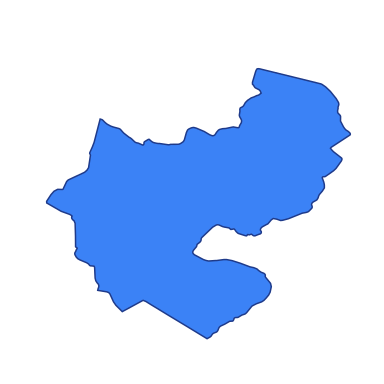 an SVG outline of Jujuy, rotated 285°
{"feature_id": "ARG-1301", "entity_name": "Jujuy", "entity_type": "Province", "adm_level": 1, "iso_a3": "ARG", "parent_name": "Argentina", "parent_adm1": "", "projection": "albers", "projection_center": [-65.702, -23.2], "detail": "fine", "context": "isolated", "style": "filled", "palette": "blue", "viewbox_px": 384, "rotation_deg": 285, "n_neighbors": 0, "source": "natural_earth", "source_scale": "10m", "svg_char_len": 5161}
<svg xmlns="http://www.w3.org/2000/svg" viewBox="0 0 384 384"><g transform="rotate(285 192 192)"><path d="M54.2,244.5L54.5,243.5L60.6,222.7L66.6,201.9L72.7,181.1L74.3,175.9L74.7,172.8L58.4,155.6L62.9,147.8L65.6,144.6L72.3,139.1L73.3,137.6L73.5,135.5L72.6,126.4L74.2,126.3L76.2,126.5L77.5,126.2L78.7,125.4L79.6,124.0L81.4,122.0L83.8,120.7L93.8,117.5L94.9,116.8L94.9,115.8L94.4,112.9L94.6,112.1L95.7,110.7L96.4,108.5L97.4,101.2L98.0,98.9L99.2,97.0L101.2,95.1L102.5,94.6L103.4,94.7L104.4,95.0L106.2,95.2L107.7,95.7L108.1,95.6L108.4,94.9L108.7,94.2L109.0,93.7L119.5,90.8L131.5,87.2L133.7,85.5L134.0,84.6L134.6,83.6L135.3,82.8L136.0,82.4L137.2,82.2L137.6,82.4L137.8,82.3L138.3,81.1L138.7,79.7L139.5,70.6L143.8,54.5L145.4,54.0L153.0,56.5L157.0,58.5L159.8,61.5L160.9,66.2L161.3,66.7L169.7,68.2L171.6,69.3L183.2,83.1L185.9,84.9L188.7,85.8L201.2,84.4L201.9,84.0L202.3,83.6L202.8,83.2L203.5,83.1L209.8,84.1L214.6,84.6L238.7,84.4L238.6,86.5L238.1,87.6L237.0,89.4L236.1,91.2L235.5,92.7L234.6,96.5L234.4,99.5L234.4,105.1L234.2,105.9L234.0,106.6L232.4,109.0L232.1,109.4L231.2,110.9L228.6,117.0L228.3,118.4L227.7,119.9L225.6,123.7L225.3,124.7L225.2,125.5L225.3,127.7L224.6,132.1L225.0,132.9L225.3,133.0L226.2,133.1L227.6,132.8L228.4,133.2L231.5,136.2L231.8,137.0L230.4,139.8L229.9,141.3L229.8,142.8L229.9,145.2L230.0,146.1L230.2,147.3L230.4,147.8L231.5,157.0L231.6,157.5L232.4,158.8L232.7,159.7L234.5,166.2L234.8,166.9L235.1,167.5L236.4,168.9L238.2,170.4L239.2,170.8L240.3,171.1L247.9,171.2L250.4,171.6L251.1,171.9L252.0,172.6L253.3,174.1L253.9,175.0L254.3,175.7L254.7,176.7L254.8,177.2L254.8,179.7L253.6,188.2L251.9,194.2L251.7,195.8L251.6,196.9L251.7,197.4L251.9,197.9L252.1,198.3L252.4,198.7L252.7,199.0L253.1,199.3L255.0,200.0L255.7,200.1L258.6,201.5L259.6,202.5L261.1,205.2L262.1,208.2L265.2,214.3L265.6,215.3L265.6,215.9L265.9,219.2L266.1,220.1L266.5,220.6L267.0,220.8L268.1,220.8L269.2,221.0L271.7,221.7L273.6,221.5L273.9,221.3L274.6,220.9L274.9,220.6L275.3,220.3L276.9,218.7L277.8,218.1L278.5,217.8L282.4,217.4L284.2,216.8L285.1,216.8L285.7,216.9L286.4,217.6L287.3,218.6L287.7,218.9L288.1,219.2L288.7,219.5L292.2,220.4L295.0,222.0L296.3,223.2L298.1,224.7L298.4,225.1L300.0,227.4L301.9,229.6L302.1,230.0L302.4,230.6L303.1,231.5L305.4,233.2L307.4,231.6L308.1,230.4L309.0,226.2L309.4,225.5L311.2,223.5L311.8,222.5L312.9,222.2L313.7,222.0L324.9,222.3L326.5,222.5L327.8,223.0L328.3,224.2L328.5,225.8L329.8,288.4L329.6,289.7L328.1,293.9L325.0,299.6L319.6,307.0L317.2,309.5L316.1,310.5L315.7,310.7L314.8,311.1L314.3,311.2L313.8,311.2L311.9,311.1L310.9,311.3L310.5,311.5L309.9,311.5L308.2,311.6L307.5,311.8L306.6,312.1L306.1,312.5L305.8,313.0L304.4,315.2L303.9,315.7L303.3,316.0L298.9,317.1L294.2,321.4L292.8,323.0L291.7,324.8L291.0,327.1L290.3,328.5L289.9,329.2L289.4,329.7L289.0,329.9L288.6,330.0L288.0,329.9L271.1,314.8L270.1,314.4L268.9,316.0L267.6,318.1L263.5,327.7L263.1,328.1L262.7,328.3L262.2,328.4L261.7,328.4L260.5,328.2L252.0,325.0L249.1,323.2L241.6,316.9L241.3,316.5L241.1,316.1L240.8,315.1L240.6,314.6L240.2,314.2L239.8,314.1L239.3,314.2L235.7,316.7L233.6,317.8L232.5,318.2L230.2,318.8L226.7,317.7L222.7,315.8L221.7,315.5L221.1,315.4L218.9,315.3L216.8,314.7L215.8,313.8L213.9,311.8L213.1,311.2L212.3,310.8L211.7,310.7L211.2,310.7L210.7,310.8L210.4,310.9L209.4,311.7L208.8,311.9L207.9,312.1L207.1,311.8L204.2,310.2L203.3,309.6L202.7,309.0L201.7,307.4L200.1,304.0L191.1,292.0L188.1,286.8L187.4,285.0L187.7,280.9L187.4,277.3L185.6,275.8L181.4,273.8L180.7,273.4L179.8,272.3L176.6,269.0L175.6,268.3L174.7,267.9L174.1,267.8L173.5,267.8L173.0,267.9L172.6,268.1L172.3,268.5L172.0,268.9L171.6,269.2L171.0,269.4L170.1,269.4L169.6,269.1L169.2,268.8L168.4,267.5L167.6,266.4L165.9,264.1L165.7,262.7L165.9,262.1L166.4,261.0L166.6,260.3L166.4,259.9L166.2,259.5L166.0,259.3L165.8,259.0L165.4,258.4L165.4,257.0L165.2,256.6L164.8,256.5L164.3,256.4L163.8,256.1L163.7,255.5L163.6,254.9L163.9,248.1L164.0,247.3L164.2,246.7L165.2,244.9L165.5,244.5L166.8,243.0L167.1,242.4L167.1,241.9L166.1,239.8L166.0,239.3L165.9,239.1L166.9,237.0L166.5,232.3L166.5,230.4L167.1,226.9L167.1,225.9L167.0,225.2L166.6,224.3L166.0,223.6L163.3,221.0L150.6,213.3L150.1,213.1L149.6,213.0L149.1,213.0L148.0,213.2L147.0,213.2L145.5,212.6L142.8,210.5L140.4,210.5L136.3,208.6L135.2,208.3L134.3,208.2L133.6,208.5L133.2,208.8L132.8,209.1L132.3,210.0L132.0,210.5L129.7,220.5L129.5,223.0L129.6,225.7L129.9,226.7L131.8,232.2L132.2,233.6L135.0,240.3L135.7,243.0L136.1,248.5L135.7,257.2L134.7,267.4L134.9,271.2L134.6,273.9L134.3,275.2L133.7,276.1L133.1,277.5L132.4,279.5L132.1,282.4L131.5,283.7L130.8,284.3L129.4,284.6L128.8,285.0L124.1,291.5L121.1,293.1L115.5,293.4L112.3,292.7L108.8,291.1L105.9,289.5L103.9,287.7L100.7,283.1L97.6,279.7L96.8,279.2L89.6,276.0L88.2,275.1L87.6,274.4L86.0,272.0L82.9,269.0L82.7,268.6L82.5,268.2L82.0,266.5L81.5,265.8L81.1,265.5L80.4,265.3L79.7,265.4L78.8,265.2L78.2,265.0L77.8,264.6L77.5,263.7L76.9,262.0L76.8,261.8L72.8,257.8L70.3,254.8L69.6,254.1L69.0,253.7L68.5,253.4L67.4,253.1L65.5,252.9L64.8,252.8L63.8,252.4L63.3,252.1L62.9,251.7L61.2,249.4L60.6,248.9L60.0,248.5L57.6,247.7L57.0,247.3L56.4,246.8L54.2,244.5L54.2,244.5Z" fill="#3b82f6" stroke="#1e3a8a" stroke-width="1.5"/></g></svg>